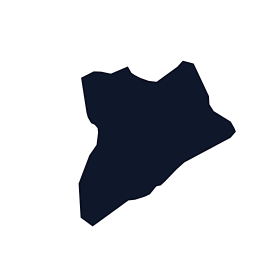 the border of Celje, rotated 234°
{"feature_id": "SVN-941", "entity_name": "Celje", "entity_type": "Municipality", "adm_level": 1, "iso_a3": "SVN", "parent_name": "Slovenia", "parent_adm1": "", "projection": "orthographic", "projection_center": [15.275, 46.255], "detail": "fine", "context": "isolated", "style": "filled", "palette": "ink", "viewbox_px": 256, "rotation_deg": 234, "n_neighbors": 0, "source": "natural_earth", "source_scale": "10m", "svg_char_len": 648}
<svg xmlns="http://www.w3.org/2000/svg" viewBox="0 0 256 256"><g transform="rotate(234 128 128)"><path d="M69.9,42.1L83.2,37.8L111.5,55.9L127.9,80.9L132.2,93.1L141.4,101.7L145.5,104.1L150.4,103.7L153.8,101.8L159.9,102.4L164.4,104.1L195.4,120.0L193.2,133.3L188.8,138.9L181.3,145.7L177.3,163.2L170.6,162.4L166.3,164.0L160.6,166.9L153.4,171.9L147.8,178.0L147.8,204.0L149.4,211.6L141.3,218.2L106.4,211.5L99.5,207.0L91.1,206.5L72.6,214.1L65.6,213.3L62.3,212.5L60.6,205.4L67.8,153.4L66.7,142.9L63.7,126.0L63.1,120.8L64.6,117.8L64.8,116.1L62.3,106.8L63.3,101.5L66.5,91.9L69.9,86.0L69.9,42.1Z" fill="#0f172a" stroke="#020617" stroke-width="1.5"/></g></svg>